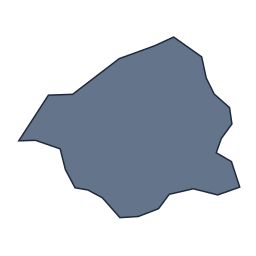 Klina, Natural Earth projection, rotated 178°
{"feature_id": "KOS-5888", "entity_name": "Klina", "entity_type": "District", "adm_level": 1, "iso_a3": "XKX", "parent_name": "Kosovo", "parent_adm1": "", "projection": "natural_earth1", "projection_center": [20.583, 42.6], "detail": "fine", "context": "isolated", "style": "filled", "palette": "slate", "viewbox_px": 256, "rotation_deg": 178, "n_neighbors": 0, "source": "natural_earth", "source_scale": "10m", "svg_char_len": 480}
<svg xmlns="http://www.w3.org/2000/svg" viewBox="0 0 256 256"><g transform="rotate(178 128 128)"><path d="M139.2,38.7L156.2,59.3L170.4,67.5L183.0,70.1L192.0,88.6L196.5,109.5L220.9,118.9L237.6,119.0L206.4,163.6L182.2,163.6L134.4,197.6L98.7,209.2L79.2,217.3L51.9,196.5L48.1,175.3L40.7,158.9L25.8,144.8L24.0,128.4L35.1,114.3L40.7,100.2L25.8,90.8L18.4,65.0L40.7,58.0L64.9,65.0L89.1,60.3L100.3,46.3L120.8,39.2L139.2,38.7Z" fill="#64748b" stroke="#1e293b" stroke-width="1.5"/></g></svg>